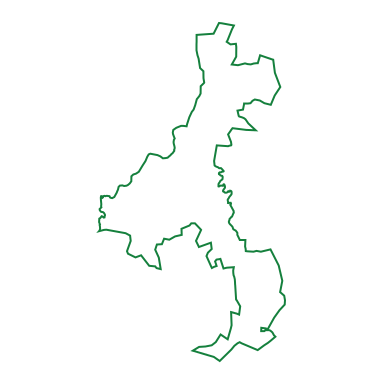 outline of Wudil, Kano, Nigeria
{"feature_id": "59680162B14541309037731", "entity_name": "Wudil", "entity_type": "district", "adm_level": 2, "iso_a3": "NGA", "parent_name": "Nigeria", "parent_adm1": "Kano", "projection": "natural_earth1", "projection_center": [8.871, 11.763], "detail": "fine", "context": "isolated", "style": "outline", "palette": "green", "viewbox_px": 384, "rotation_deg": 0, "n_neighbors": 0, "source": "geoboundaries", "source_scale": "gbopen_adm2", "svg_char_len": 5463}
<svg xmlns="http://www.w3.org/2000/svg" viewBox="0 0 384 384"><path d="M196.6,34.9L196.6,41.8L196.5,44.2L196.5,50.3L197.5,55.3L198.6,58.6L199.1,61.9L200.1,68.1L203.4,71.2L203.5,78.2L204.2,82.6L203.9,83.1L200.7,86.2L200.6,93.5L199.3,96.1L196.8,99.2L195.2,105.2L193.6,109.6L191.8,111.9L189.3,117.3L187.1,124.1L186.6,126.3L183.4,125.9L181.0,125.9L176.3,127.8L173.3,129.9L172.8,132.4L173.0,134.0L173.9,136.5L174.7,138.5L173.9,139.8L173.8,140.7L173.6,141.6L173.6,142.7L173.8,143.9L174.4,146.1L174.7,147.9L174.5,148.9L174.1,150.0L174.3,150.8L172.5,153.3L171.5,154.0L170.2,155.5L169.6,155.9L167.6,157.7L165.4,158.1L162.9,158.3L160.4,156.4L157.5,155.1L150.3,153.7L148.7,154.4L147.3,156.7L145.5,161.0L142.6,165.5L138.8,171.8L136.1,173.6L133.3,174.5L131.4,176.3L131.3,181.3L129.7,183.5L127.9,185.0L126.5,185.7L124.1,186.0L122.4,185.4L119.9,185.6L118.6,186.9L118.0,189.6L117.3,191.1L116.7,192.7L114.3,197.0L112.2,198.1L111.0,197.9L110.0,197.4L109.5,196.2L107.4,195.9L106.2,195.9L105.2,196.2L104.6,195.9L104.2,195.9L103.2,196.2L103.0,197.3L102.4,197.8L101.9,197.2L101.6,196.2L101.2,196.1L101.0,196.5L100.8,197.6L100.9,199.7L101.3,204.2L101.1,206.4L101.4,207.3L100.6,208.1L99.6,209.1L99.8,210.2L100.8,211.6L101.3,211.9L102.3,212.0L103.1,212.2L104.0,213.0L104.7,214.2L105.0,215.0L104.9,215.8L104.5,216.4L104.5,217.4L103.8,217.6L103.2,217.2L102.5,216.5L101.7,216.2L101.5,216.4L100.3,218.0L99.3,218.6L99.1,222.1L100.0,224.5L99.6,225.0L99.9,226.0L100.0,227.2L100.1,228.5L99.9,229.6L99.5,230.6L99.0,231.2L104.0,229.9L106.3,229.7L125.6,233.2L126.4,233.6L130.1,235.6L130.7,240.9L127.0,251.2L128.0,253.7L135.5,257.4L141.1,255.3L141.4,255.7L149.2,265.8L155.3,266.4L155.5,266.8L156.6,268.1L160.7,269.1L158.8,257.6L155.2,249.7L156.9,244.5L161.9,244.2L164.1,238.7L169.3,239.7L175.1,236.4L181.7,234.9L181.5,228.8L189.5,225.5L191.3,223.3L194.9,223.3L200.8,229.5L201.1,229.9L196.0,240.9L198.7,246.5L198.9,247.0L210.6,242.8L210.9,242.7L211.7,249.0L207.9,252.7L206.5,256.1L211.2,266.6L211.9,268.0L213.2,267.3L214.2,266.8L216.6,266.0L215.1,261.4L216.5,259.6L217.6,259.4L219.2,259.2L220.4,258.9L223.5,268.5L226.8,267.7L233.8,267.2L233.2,270.5L233.3,273.0L233.6,275.3L234.2,276.7L234.8,279.3L235.0,282.0L235.1,284.4L235.2,285.1L236.1,299.6L236.6,300.1L240.2,306.3L239.1,314.6L236.7,313.6L231.1,312.1L231.6,325.2L230.9,328.2L227.7,339.3L220.6,334.5L215.8,342.1L211.7,345.3L205.4,346.5L199.1,346.9L192.8,350.7L208.0,355.2L213.8,356.9L219.7,361.0L231.3,349.6L234.4,345.8L235.9,344.6L237.5,343.3L239.7,342.2L241.6,343.3L257.7,350.1L264.2,345.3L267.9,342.9L270.8,340.6L275.4,336.7L273.9,335.2L272.8,333.1L272.3,332.3L271.6,331.7L270.8,331.0L270.1,330.5L269.6,330.3L268.5,330.1L266.9,330.2L265.7,330.1L264.3,331.1L261.2,331.1L261.3,327.8L265.7,328.4L265.6,329.1L266.9,329.2L268.0,328.7L274.2,317.6L279.5,310.2L284.7,304.6L285.0,300.3L284.2,295.7L280.1,292.1L282.3,280.8L278.7,265.5L270.5,249.4L260.9,251.7L256.5,250.9L253.5,251.7L247.2,251.3L245.8,251.1L245.7,249.8L245.7,249.2L245.6,248.7L245.1,246.5L245.4,240.0L239.8,240.0L239.2,238.7L238.1,236.4L237.4,235.0L237.3,234.2L237.4,233.0L236.8,232.0L235.7,230.6L234.3,229.8L233.5,229.4L233.1,228.8L232.7,227.4L232.4,226.7L231.5,225.7L230.7,224.9L229.9,224.1L229.2,223.1L228.9,222.2L228.9,221.2L229.3,220.6L229.6,218.9L230.6,217.9L231.1,217.2L232.0,216.6L232.5,215.5L232.9,214.5L233.3,213.5L233.8,212.7L233.6,212.0L233.7,211.1L230.3,204.9L230.8,204.4L231.0,203.5L230.7,202.8L229.8,202.8L229.0,202.9L228.4,203.1L228.0,203.0L228.1,201.9L227.8,200.8L227.7,199.8L227.9,199.3L228.6,198.4L229.3,197.0L230.3,195.8L231.2,194.7L231.6,193.9L231.6,191.9L231.3,191.2L230.7,190.8L230.1,190.7L229.9,191.3L229.4,191.6L229.0,191.8L228.7,191.8L228.5,191.3L228.3,191.2L228.0,191.4L227.9,191.8L227.7,192.0L227.3,192.3L226.6,192.6L225.8,192.7L225.1,192.7L224.5,192.3L223.9,191.8L223.5,191.6L223.1,191.4L223.0,191.0L223.1,190.5L223.3,190.2L223.5,189.6L223.9,189.2L224.4,188.5L224.9,187.8L225.0,187.0L224.9,186.2L224.7,185.5L224.5,185.0L224.3,184.6L224.0,184.3L223.6,184.3L223.3,184.7L223.1,185.4L222.9,185.8L222.3,185.7L221.3,185.6L220.6,185.6L219.9,185.9L219.3,186.3L218.9,186.5L218.5,186.4L218.4,186.0L218.6,185.5L218.5,184.9L218.5,184.1L218.8,183.4L219.8,182.0L220.1,181.3L220.5,180.7L221.2,180.3L222.0,179.6L222.5,179.1L222.6,177.8L222.7,177.0L222.4,176.2L222.2,175.9L221.9,175.8L221.4,175.7L220.9,175.6L220.5,175.4L220.2,175.1L219.8,174.7L219.5,174.4L219.0,174.2L218.9,173.7L219.0,173.0L219.3,172.7L219.6,172.4L219.9,172.3L220.5,172.3L220.9,172.3L221.3,172.1L221.8,171.8L222.3,171.7L222.8,171.7L223.1,171.6L223.4,171.4L223.6,171.3L223.6,171.0L223.5,170.8L223.3,170.7L223.2,170.5L222.9,170.2L222.6,169.8L221.6,168.7L220.9,168.1L220.0,168.2L219.3,168.2L219.0,168.1L218.8,167.9L218.3,167.5L217.8,167.2L217.3,167.0L216.7,166.8L216.0,166.5L215.2,166.0L214.6,165.5L214.1,161.0L216.8,145.4L228.1,146.2L229.1,145.8L231.2,145.3L231.4,144.8L231.0,141.9L228.1,134.4L229.3,132.7L230.5,131.0L231.2,129.9L232.5,128.2L246.2,129.9L255.7,130.3L248.3,123.4L245.5,119.3L243.9,118.1L241.9,117.3L239.2,116.5L238.7,115.9L237.5,110.6L243.0,109.6L244.1,103.9L244.1,103.5L248.2,103.5L250.5,103.2L252.5,100.8L254.8,99.5L259.8,100.5L264.4,103.2L270.8,104.8L274.7,95.5L280.3,87.0L274.9,72.8L273.2,59.7L271.2,59.1L260.1,55.3L257.8,63.2L256.6,63.2L253.8,63.5L250.8,64.4L247.7,64.1L245.0,63.4L238.0,65.2L231.8,64.5L236.2,56.7L236.3,47.0L235.9,43.8L230.5,44.4L226.7,41.8L227.6,40.2L231.9,29.5L233.9,25.5L221.8,23.3L219.0,23.0L213.6,33.7L196.6,34.9Z" fill="none" stroke="#15803d" stroke-width="2"/></svg>